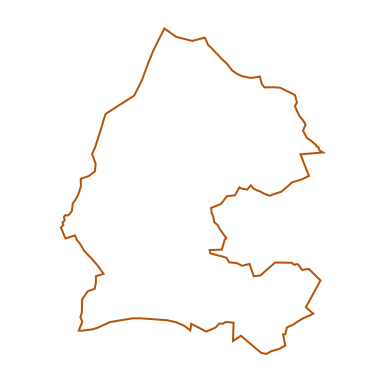 Ganye, Adamawa, Nigeria, rotated 88°
{"feature_id": "59680162B41420170912929", "entity_name": "Ganye", "entity_type": "district", "adm_level": 2, "iso_a3": "NGA", "parent_name": "Nigeria", "parent_adm1": "Adamawa", "projection": "mercator", "projection_center": [12.041, 8.431], "detail": "fine", "context": "isolated", "style": "outline", "palette": "amber", "viewbox_px": 384, "rotation_deg": 88, "n_neighbors": 0, "source": "geoboundaries", "source_scale": "gbopen_adm2", "svg_char_len": 2350}
<svg xmlns="http://www.w3.org/2000/svg" viewBox="0 0 384 384"><g transform="rotate(88 192 192)"><path d="M79.0,120.2L79.3,122.4L79.8,125.9L80.0,130.0L77.9,138.0L75.4,143.0L72.3,147.3L64.9,152.8L59.9,157.8L55.6,161.5L51.7,165.0L50.2,166.3L48.8,167.6L45.7,170.7L42.6,171.9L38.2,173.8L41.0,186.5L36.5,202.3L27.6,213.9L49.2,225.7L63.2,231.9L78.9,238.3L93.6,246.4L103.0,262.3L110.9,275.5L111.0,275.6L115.9,277.5L121.5,279.3L128.9,281.8L135.7,284.3L144.3,287.4L145.7,288.1L150.5,290.5L160.6,287.3L167.9,288.3L172.6,294.9L174.9,302.7L182.7,302.9L190.2,305.6L195.4,308.6L199.2,311.5L206.7,312.7L209.9,315.2L211.3,317.5L210.7,319.2L211.4,320.1L212.3,320.7L213.1,320.8L214.8,320.3L216.1,320.4L218.2,322.5L220.2,321.7L221.5,322.7L222.9,324.3L234.0,320.1L231.3,310.5L236.2,308.6L238.8,306.4L242.1,304.5L243.4,303.7L246.9,301.9L250.2,299.1L254.0,295.6L262.2,288.8L270.7,283.3L272.8,291.0L279.6,291.2L282.1,291.9L285.2,292.5L287.7,299.9L295.5,305.5L308.4,306.3L313.3,307.9L317.8,306.2L326.6,310.0L326.8,307.3L325.9,297.3L325.5,295.4L324.5,291.3L319.1,278.5L316.4,257.4L316.2,255.9L316.4,248.5L316.5,247.4L319.3,221.1L321.7,212.3L324.0,207.4L325.3,204.6L330.3,198.5L323.7,197.4L332.0,182.7L328.4,173.3L324.4,169.4L324.7,165.5L323.9,164.5L323.1,162.6L324.1,155.0L342.3,156.2L337.4,148.1L355.2,128.5L356.4,123.5L353.8,118.0L351.7,109.8L348.7,104.1L337.5,106.0L337.4,103.8L330.6,101.8L328.0,95.3L324.9,90.5L321.9,84.9L319.7,79.2L317.8,75.1L316.6,76.4L314.4,78.7L311.1,82.2L284.9,66.7L273.0,77.9L273.7,84.8L268.0,88.5L267.7,90.5L268.3,91.4L267.7,93.5L266.5,94.1L266.2,94.7L265.4,111.4L277.8,126.6L278.4,133.2L265.9,137.0L267.5,144.5L264.6,149.8L263.6,157.3L258.9,159.8L253.9,175.9L250.7,176.4L250.6,164.2L240.9,161.0L239.4,159.3L230.8,165.1L225.7,167.7L223.0,170.8L217.6,171.6L213.5,173.1L208.6,173.4L205.0,163.6L197.4,157.1L196.8,149.2L189.0,144.4L190.5,141.7L191.5,136.7L187.4,133.1L188.5,132.0L190.4,130.8L192.3,127.7L194.1,123.4L195.4,121.5L197.2,117.8L198.5,114.1L197.3,111.4L196.4,108.1L194.9,102.9L189.0,95.4L185.8,91.7L183.2,81.8L180.0,74.6L158.1,82.3L157.1,59.7L154.8,63.1L151.6,64.2L150.8,65.9L149.5,66.3L145.6,70.5L142.0,75.3L134.5,78.9L128.8,76.2L126.9,76.9L123.1,79.4L120.1,81.8L114.0,84.6L109.6,86.1L106.2,84.0L98.7,85.7L96.5,89.7L93.4,95.5L90.8,100.4L90.1,107.8L90.0,115.9L86.7,118.3L79.0,120.2Z" fill="none" stroke="#b45309" stroke-width="2"/></g></svg>